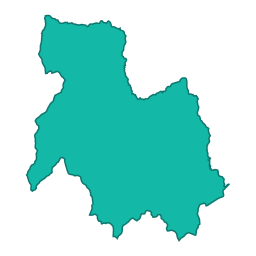 outline of Saraguro, Loja, Ecuador
{"feature_id": "8360857B4776298104783", "entity_name": "Saraguro", "entity_type": "district", "adm_level": 2, "iso_a3": "ECU", "parent_name": "Ecuador", "parent_adm1": "Loja", "projection": "robinson", "projection_center": [-79.307, -3.527], "detail": "fine", "context": "isolated", "style": "filled", "palette": "teal", "viewbox_px": 256, "rotation_deg": 0, "n_neighbors": 0, "source": "geoboundaries", "source_scale": "gbopen_adm2", "svg_char_len": 5710}
<svg xmlns="http://www.w3.org/2000/svg" viewBox="0 0 256 256"><path d="M179.1,240.6L180.8,238.3L183.8,236.4L186.0,234.0L187.3,233.1L188.3,232.8L189.8,233.0L194.6,235.0L195.7,235.1L196.8,228.8L198.1,227.6L198.2,225.4L199.8,224.2L199.5,219.5L198.6,217.0L197.9,215.7L197.3,213.5L198.0,211.4L198.2,208.5L198.9,206.6L199.8,204.8L201.1,204.0L204.6,203.2L205.5,203.9L206.2,205.8L207.1,205.6L218.5,198.2L223.0,196.6L223.6,195.7L223.6,194.6L223.0,192.0L223.0,190.9L223.5,190.0L229.4,183.9L227.2,184.9L226.1,186.4L224.2,186.5L223.9,185.9L224.6,184.5L223.6,181.9L224.1,179.3L223.5,178.2L222.7,177.8L222.4,176.9L219.3,176.1L218.2,174.1L218.3,172.5L217.8,172.2L218.0,171.5L217.6,170.7L217.8,170.3L216.0,169.7L214.1,169.7L213.1,170.2L211.3,170.2L211.2,169.3L210.5,169.1L210.1,168.5L210.5,168.3L210.1,167.8L210.3,167.3L210.0,167.2L210.5,166.6L209.9,166.0L210.3,165.9L210.4,165.5L209.2,164.9L209.6,164.1L209.7,160.9L208.8,160.3L209.2,160.3L209.9,159.2L209.5,159.2L210.2,158.3L209.4,158.1L209.4,157.5L208.5,157.5L208.2,157.2L207.7,155.0L207.9,154.1L207.7,152.8L207.0,151.3L207.2,150.2L206.9,148.3L207.1,145.7L207.5,145.2L207.5,144.7L209.5,141.7L209.3,139.9L208.8,139.0L209.2,137.4L210.3,135.7L209.1,133.6L208.6,132.0L208.4,130.0L208.7,128.4L205.8,126.6L205.1,124.8L202.6,122.5L201.9,121.1L201.2,120.8L200.3,119.4L200.3,118.5L199.5,116.3L197.6,115.1L197.4,112.1L198.2,109.9L198.7,107.3L198.6,106.4L197.9,105.6L197.2,100.9L198.2,98.7L197.6,98.4L197.2,96.9L196.1,96.2L196.2,95.7L193.8,95.9L193.0,94.6L191.6,94.4L190.6,94.0L189.2,94.2L188.8,93.9L188.4,92.8L188.4,90.9L187.0,88.1L186.8,85.2L186.9,82.3L186.5,79.5L186.2,78.8L185.0,77.9L182.2,78.1L180.4,79.6L180.2,80.6L179.0,81.7L172.1,83.7L171.2,84.7L170.3,86.5L168.1,86.6L167.3,87.0L165.9,88.9L166.0,89.8L165.8,90.7L165.2,91.1L163.0,91.4L162.7,92.6L162.3,92.5L161.4,91.4L160.6,91.4L158.4,92.8L156.4,93.4L155.5,94.9L153.4,94.5L151.8,95.4L149.6,96.7L148.7,98.1L147.7,98.8L145.5,98.8L143.6,99.8L142.8,99.1L141.0,99.1L140.1,97.9L139.4,98.4L139.2,99.1L138.0,99.5L136.3,96.9L135.3,94.7L134.3,94.8L133.3,93.7L132.0,93.8L131.8,93.5L132.2,91.4L131.9,90.5L131.1,89.7L131.1,87.8L130.5,86.9L130.4,85.9L129.7,84.9L128.5,84.7L128.6,83.4L127.6,81.7L128.2,79.6L127.6,78.3L126.7,77.8L126.5,76.7L125.5,75.9L125.4,73.8L124.5,71.6L124.6,69.7L124.2,68.6L124.9,67.4L124.2,66.0L125.4,65.4L124.9,62.7L125.6,62.0L126.6,59.9L125.8,58.5L124.5,58.5L124.0,58.2L123.5,56.9L122.2,55.7L122.0,55.2L122.1,52.1L123.5,50.4L123.9,46.2L125.5,43.0L125.8,42.0L125.1,38.0L126.0,36.1L124.1,33.6L124.3,32.4L123.6,31.3L120.2,29.9L120.1,28.2L118.9,28.9L118.1,28.8L116.6,28.1L115.9,28.0L115.6,27.5L114.6,27.0L112.0,26.7L111.4,26.0L110.5,22.8L108.7,21.0L107.8,21.4L106.8,22.9L106.1,23.0L103.6,22.6L102.0,20.9L101.3,20.8L100.6,21.2L99.7,23.2L98.2,23.5L96.7,23.0L94.5,23.4L92.3,24.2L90.3,24.0L89.2,24.8L88.3,26.3L87.6,26.7L86.4,25.6L85.2,25.1L81.5,24.5L79.9,25.0L77.0,24.8L75.3,24.1L74.1,24.2L71.8,22.8L70.5,23.4L69.1,23.2L68.3,23.7L67.7,23.4L67.3,22.5L64.9,22.4L63.8,23.0L61.4,23.5L59.2,22.6L57.7,20.0L56.2,20.1L55.4,19.1L53.7,18.5L52.3,18.4L49.8,15.8L48.2,15.4L45.4,15.8L45.4,16.6L45.0,17.2L44.7,18.8L45.5,20.5L45.3,21.9L45.8,23.5L45.6,25.0L45.2,26.9L44.4,28.3L44.2,29.5L42.9,30.4L42.1,32.2L42.1,33.0L41.6,33.4L42.4,35.5L41.9,35.9L41.4,42.2L40.4,45.6L40.4,49.6L39.5,52.4L38.8,53.5L38.8,54.4L39.7,56.1L42.0,59.3L42.1,61.4L42.5,63.0L45.1,67.8L45.6,73.5L47.2,73.3L47.3,72.9L48.4,72.0L50.5,70.8L50.6,71.1L51.7,71.9L52.0,73.2L56.4,71.6L57.6,71.5L59.3,72.5L61.8,76.7L63.2,77.3L63.7,78.3L64.8,79.4L65.2,80.3L64.6,80.8L64.4,81.6L63.6,82.9L63.1,84.8L63.3,87.9L61.4,90.4L61.4,92.1L55.0,95.4L54.0,98.1L53.3,101.0L50.5,103.5L48.0,107.8L46.5,111.4L45.1,112.6L41.5,114.5L39.7,116.4L36.3,119.0L35.3,120.9L35.6,121.9L36.4,122.8L36.8,124.2L37.5,125.0L38.6,125.7L38.8,126.2L38.7,127.2L38.9,127.8L38.5,129.6L38.0,129.9L36.8,132.3L35.2,134.1L34.8,135.2L35.0,137.8L35.5,139.0L35.2,141.3L35.7,143.2L35.4,144.4L35.2,147.7L35.6,148.4L36.6,149.1L37.4,151.0L36.2,153.8L36.5,156.1L36.4,159.2L36.4,159.6L34.9,161.4L34.9,162.7L34.4,163.4L33.4,164.5L31.8,165.0L30.4,167.0L29.9,168.9L29.2,169.6L28.6,170.9L28.0,171.4L27.4,174.0L26.6,174.9L27.4,176.3L28.9,181.2L29.9,183.4L30.8,184.3L31.3,185.8L30.9,187.7L31.1,188.4L30.9,189.7L31.2,190.3L32.5,191.1L33.5,190.3L34.8,189.9L36.3,188.3L36.0,186.8L36.9,185.0L39.0,183.1L40.0,181.3L40.8,181.0L41.3,180.3L42.3,180.0L43.3,179.0L44.4,178.6L46.5,176.3L48.7,175.4L49.6,174.6L50.2,173.6L51.4,173.1L52.1,172.2L51.9,169.3L52.1,168.1L52.7,167.2L55.7,164.7L56.6,163.0L58.3,162.0L60.5,157.8L62.4,157.6L64.8,159.0L64.6,160.9L65.6,164.8L67.4,170.9L68.6,173.7L69.8,174.3L73.3,174.9L75.0,175.9L76.4,175.4L77.8,175.5L79.9,176.3L80.6,176.9L81.2,180.0L81.9,181.8L83.0,183.4L85.8,185.0L86.7,186.4L87.2,187.7L88.6,188.6L90.0,190.8L90.5,192.9L90.7,195.2L92.2,197.2L93.1,203.9L92.0,205.1L91.9,206.3L92.2,208.1L91.9,209.3L89.6,215.0L90.7,215.2L93.1,214.9L94.7,214.1L97.3,215.4L97.4,218.2L98.2,220.4L99.0,221.3L100.0,221.2L100.9,221.4L101.5,223.8L102.3,223.8L103.0,223.2L105.1,223.1L105.7,223.5L107.0,222.8L108.2,223.0L109.0,222.7L111.4,224.4L112.9,226.2L113.3,227.6L113.5,229.7L113.2,236.5L114.5,236.4L116.7,237.7L117.2,238.5L118.7,235.7L120.6,234.3L121.7,232.8L122.2,230.5L122.4,226.9L123.2,225.4L124.8,224.6L128.7,221.6L130.2,219.6L132.1,218.2L133.6,218.4L134.7,219.5L136.9,220.8L137.5,220.1L138.9,219.5L140.0,218.1L141.3,214.0L144.7,213.8L145.9,211.0L146.8,210.5L150.1,211.2L151.4,212.3L151.2,214.5L152.5,216.0L153.1,217.3L154.3,216.9L155.1,217.1L156.9,216.4L157.6,215.1L158.2,214.7L160.5,214.8L161.1,216.2L161.2,218.3L161.9,219.0L163.0,219.5L164.6,222.0L166.5,222.8L167.7,225.0L166.5,228.6L167.2,230.7L167.9,231.0L171.6,230.2L174.9,231.5L176.6,233.6L177.5,237.7L179.1,240.6Z" fill="#14b8a6" stroke="#0f766e" stroke-width="1.5"/></svg>